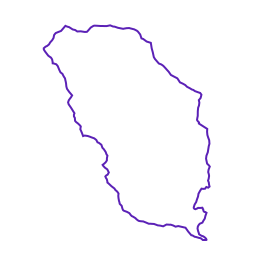 outline of Qomoqomong, Quthing, Lesotho, rotated 189°
{"feature_id": "5366337B91724059499872", "entity_name": "Qomoqomong", "entity_type": "district", "adm_level": 2, "iso_a3": "LSO", "parent_name": "Lesotho", "parent_adm1": "Quthing", "projection": "robinson", "projection_center": [27.812, -30.459], "detail": "fine", "context": "isolated", "style": "outline", "palette": "violet", "viewbox_px": 256, "rotation_deg": 189, "n_neighbors": 0, "source": "geoboundaries", "source_scale": "gbopen_adm2", "svg_char_len": 3883}
<svg xmlns="http://www.w3.org/2000/svg" viewBox="0 0 256 256"><g transform="rotate(189 128 128)"><path d="M205.8,219.1L209.3,213.4L212.4,211.6L214.2,210.5L214.8,209.6L215.5,208.3L215.6,206.7L215.6,205.4L216.6,202.9L217.7,201.2L218.2,200.5L219.1,198.2L220.7,196.4L222.2,195.4L223.0,194.4L223.7,193.6L223.4,192.3L221.9,190.6L219.4,188.2L218.0,186.9L216.0,185.9L215.1,185.5L213.7,183.9L212.8,181.5L212.5,180.1L211.3,180.1L208.8,179.7L207.7,178.7L207.1,178.2L206.2,176.7L204.8,174.4L203.4,172.4L201.2,171.2L200.6,170.3L199.4,168.7L198.1,167.3L197.8,166.7L197.3,165.3L196.9,164.4L196.2,162.5L195.4,159.4L194.4,157.2L191.8,154.5L190.4,153.3L188.3,151.5L189.1,149.4L189.8,148.2L190.8,146.2L191.2,144.0L190.3,142.1L188.1,139.8L187.0,138.6L185.7,137.1L185.4,136.7L183.2,134.2L183.5,132.7L183.2,131.0L182.1,129.7L181.4,126.8L180.1,125.7L178.2,124.7L177.2,124.0L176.3,123.4L174.9,122.2L174.9,119.3L173.6,117.3L172.6,115.7L171.1,113.0L169.8,113.7L168.5,113.8L167.4,113.8L166.5,113.8L164.1,113.4L162.9,113.1L161.8,112.9L159.7,112.5L157.4,111.2L155.9,109.1L154.5,108.8L151.7,107.3L150.2,104.5L148.6,103.3L146.3,100.8L145.1,98.6L144.0,97.5L144.1,94.9L143.8,92.7L144.3,91.5L144.8,90.5L146.0,89.0L147.3,87.6L146.5,86.7L144.6,85.2L142.0,83.9L140.0,81.1L140.8,78.8L142.1,77.7L142.8,76.6L141.9,75.1L140.9,74.1L140.5,73.1L140.0,71.9L139.8,70.9L138.7,70.3L136.8,69.0L135.2,67.9L131.9,66.1L130.9,64.9L129.0,63.7L128.3,63.1L127.1,61.8L127.0,59.5L126.4,57.2L125.5,54.6L125.0,53.7L124.3,51.8L122.1,50.2L120.9,47.5L120.0,46.1L119.3,45.7L117.9,45.4L115.9,45.0L113.3,44.1L111.6,42.4L110.5,41.6L109.1,41.2L106.5,40.1L105.8,39.5L104.0,38.4L102.6,37.9L101.2,37.9L98.2,38.1L97.1,37.8L95.7,37.5L94.1,37.1L92.5,36.7L90.5,37.0L89.0,37.1L87.4,37.3L84.8,36.8L83.4,36.5L81.6,36.6L80.4,36.6L79.3,36.5L77.9,36.4L76.4,37.5L75.8,38.0L74.8,38.7L71.6,39.0L70.7,39.2L68.2,38.8L65.6,38.0L63.0,39.0L61.5,38.9L55.6,38.5L52.3,35.1L48.7,32.0L47.5,32.0L46.6,31.6L45.1,31.0L43.8,31.0L41.0,30.6L38.9,30.5L36.6,29.1L32.3,29.8L32.7,29.9L33.2,30.2L33.5,30.8L34.6,31.7L36.5,32.7L38.7,33.1L41.1,34.1L41.6,35.2L42.7,37.3L43.6,39.6L43.6,41.7L42.9,43.5L42.1,44.7L39.7,46.2L39.0,48.3L38.0,50.5L37.8,53.2L37.2,56.5L37.5,56.6L38.3,57.1L39.0,57.0L39.4,57.1L39.9,57.3L40.3,57.7L40.6,58.2L41.0,59.4L41.4,59.6L41.6,60.2L41.9,60.7L42.1,60.9L42.8,60.7L43.5,60.5L44.3,60.3L45.1,60.2L45.7,60.1L46.2,60.1L46.6,59.8L47.1,59.3L47.9,58.9L48.5,58.4L49.0,58.4L49.6,58.5L50.1,58.8L50.6,59.4L50.6,59.8L50.6,60.5L50.4,61.6L50.3,62.5L50.2,62.9L49.1,65.5L48.7,68.3L48.1,71.3L48.1,74.1L47.0,77.2L45.9,79.6L44.3,79.6L42.4,80.1L41.4,82.0L39.5,81.6L38.3,82.9L39.1,84.8L39.7,86.9L40.7,88.5L40.4,90.6L40.4,93.3L40.9,94.9L41.9,97.0L41.9,99.4L41.2,102.7L42.2,103.7L44.3,105.2L46.1,109.9L46.2,112.9L45.4,116.5L45.4,119.4L45.4,122.6L45.1,125.2L45.9,128.6L47.4,131.3L48.5,133.5L49.3,136.6L49.6,139.5L58.7,143.5L58.7,144.6L60.2,145.7L61.1,146.8L61.1,148.7L61.0,150.8L61.5,154.2L61.7,155.7L61.8,157.5L61.9,159.0L61.4,161.4L61.5,164.2L62.4,166.6L61.5,168.1L61.0,169.0L60.9,169.9L60.8,170.9L60.7,172.4L62.2,173.9L64.6,174.3L66.6,174.7L67.7,174.9L69.4,175.8L70.9,176.0L73.3,177.0L76.1,177.9L78.2,179.4L80.9,180.4L81.6,180.6L83.8,181.2L86.5,184.2L87.1,184.8L90.7,186.0L93.0,186.8L93.9,187.1L96.7,190.0L98.1,191.1L100.4,193.0L102.7,194.8L103.8,195.4L105.1,196.0L107.6,196.5L108.9,197.6L112.1,200.3L113.6,202.1L115.3,206.5L117.1,210.5L118.0,213.3L118.8,215.7L123.1,216.3L126.9,218.3L128.7,218.6L130.2,221.5L130.6,222.3L131.7,223.3L133.3,224.8L134.5,225.5L137.3,226.4L138.4,226.5L141.6,226.8L142.3,226.9L144.6,226.5L147.0,225.7L148.3,225.2L153.7,225.4L157.0,226.0L158.7,225.9L161.7,226.6L165.1,225.3L171.6,224.4L175.0,224.1L177.4,223.8L178.3,223.3L180.5,221.4L183.0,217.4L183.7,216.5L185.9,216.1L188.0,216.1L189.9,216.1L193.2,215.4L195.5,216.5L198.1,216.7L199.6,217.4L200.1,217.6L201.9,218.4L203.7,218.6L204.7,218.8L205.8,219.1Z" fill="none" stroke="#5b21b6" stroke-width="2"/></g></svg>